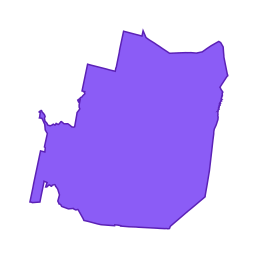 the district of Popes pag., Ventspils, Latvia, rotated 279°
{"feature_id": "27541924B60510236800280", "entity_name": "Popes pag.", "entity_type": "district", "adm_level": 2, "iso_a3": "LVA", "parent_name": "Latvia", "parent_adm1": "Ventspils", "projection": "natural_earth1", "projection_center": [21.892, 57.437], "detail": "fine", "context": "isolated", "style": "filled", "palette": "violet", "viewbox_px": 256, "rotation_deg": 279, "n_neighbors": 0, "source": "geoboundaries", "source_scale": "gbopen_adm2", "svg_char_len": 4535}
<svg xmlns="http://www.w3.org/2000/svg" viewBox="0 0 256 256"><g transform="rotate(279 128 128)"><path d="M72.1,214.9L73.2,214.8L84.5,215.0L98.4,215.1L117.9,214.3L128.8,213.8L135.7,213.6L136.8,213.4L138.4,213.3L140.5,213.4L144.7,214.6L150.4,215.5L152.9,215.3L153.4,215.1L154.3,214.7L155.3,214.8L156.4,214.5L157.8,214.3L158.1,214.3L158.4,214.4L158.5,214.4L158.8,214.3L159.1,214.3L159.0,214.1L159.3,214.3L159.7,214.2L160.1,214.3L160.3,214.4L160.3,214.5L160.5,214.7L160.6,214.4L161.0,214.4L160.9,214.6L161.0,214.7L161.3,214.6L161.5,214.7L161.8,214.6L162.0,214.5L162.1,214.8L162.3,214.8L162.2,214.7L162.3,214.7L162.6,214.7L162.7,214.4L162.8,214.4L162.9,214.5L163.0,214.5L163.0,214.4L163.3,214.5L163.4,214.8L163.6,214.8L163.6,214.7L163.9,214.6L164.2,214.7L164.1,214.8L164.4,214.9L164.5,214.8L164.6,215.0L164.8,214.9L165.0,214.8L165.1,215.0L165.3,214.9L165.6,214.8L165.5,215.1L165.8,215.0L166.1,215.1L166.2,215.3L166.3,215.3L166.5,215.4L166.5,215.1L166.8,215.1L166.8,214.9L167.0,215.0L166.9,215.1L167.0,215.1L167.3,214.9L167.5,215.0L167.6,214.9L167.8,215.0L168.0,215.2L168.0,215.3L168.5,215.4L168.8,215.6L169.1,215.6L169.1,215.8L169.3,215.9L169.5,215.8L169.5,216.0L169.7,215.9L169.8,215.8L170.1,215.8L170.3,215.9L170.4,216.0L170.4,215.9L170.5,215.8L170.9,215.9L171.1,215.7L171.3,215.9L171.6,215.6L171.8,215.7L172.0,215.7L172.4,215.6L172.6,215.7L172.8,215.7L173.0,215.8L173.3,215.8L173.6,215.7L173.7,215.9L173.9,215.9L174.1,215.8L174.2,216.0L174.3,216.0L174.2,215.8L174.3,215.7L174.5,215.8L174.6,216.0L174.8,215.9L174.9,216.0L175.1,215.8L175.3,215.8L175.5,215.9L175.8,215.9L175.9,215.7L175.9,215.9L176.1,215.9L176.3,215.8L176.9,215.7L176.7,215.7L176.8,215.6L177.0,215.6L177.3,215.7L177.5,215.7L177.6,215.8L177.8,215.7L177.9,215.8L177.9,216.1L178.0,215.9L178.2,216.0L178.3,215.9L178.6,215.8L178.8,215.7L179.1,215.4L179.2,215.1L179.5,214.8L179.9,214.6L180.2,214.1L180.7,213.9L180.8,213.7L181.0,213.5L181.5,213.3L181.9,213.1L182.6,212.4L194.7,217.8L195.0,218.3L195.8,218.3L196.6,217.7L207.1,213.8L213.1,211.6L214.7,211.3L217.8,210.5L222.6,209.4L223.1,209.2L225.2,207.5L225.5,207.3L226.9,206.1L227.7,204.1L226.3,202.3L222.2,197.2L218.6,193.3L216.8,191.5L214.8,189.4L212.8,184.1L212.7,184.1L212.3,178.5L211.6,174.5L211.5,173.4L210.1,166.3L208.3,157.4L212.0,149.3L213.6,146.0L214.7,143.5L216.0,140.8L218.4,135.1L219.3,133.3L220.2,131.6L226.4,127.7L221.0,127.4L222.9,108.5L205.6,107.6L202.8,107.5L201.9,107.6L193.2,107.2L186.1,106.9L185.3,106.6L182.0,106.5L182.5,100.5L182.9,97.1L184.3,81.7L184.7,78.1L157.4,76.8L157.2,78.6L156.9,78.6L157.1,79.6L156.4,79.5L155.0,80.0L152.9,78.4L151.3,77.5L150.6,76.3L149.8,76.1L147.7,74.0L146.1,75.0L147.8,76.3L143.3,76.1L140.9,76.5L139.4,77.4L139.2,77.4L135.3,75.3L132.1,75.3L120.8,75.1L120.3,74.1L120.3,72.3L121.4,70.6L122.7,68.1L122.8,67.8L122.6,66.8L122.5,66.6L122.5,66.2L122.3,65.3L122.2,64.4L122.2,64.1L122.3,63.8L122.7,63.3L123.5,61.9L123.9,61.4L123.9,61.2L123.7,60.7L123.1,60.4L121.0,59.1L120.7,58.9L120.6,58.3L120.8,58.0L120.8,57.3L121.1,57.0L121.3,56.5L121.3,56.3L119.7,55.7L119.5,55.3L119.5,55.1L120.1,53.8L120.0,53.5L119.1,52.6L118.5,51.7L118.1,51.0L118.0,50.6L118.1,50.3L118.1,49.6L118.2,49.4L118.3,48.6L118.4,48.3L118.6,48.1L119.9,47.3L121.9,44.9L122.1,44.8L122.5,44.7L123.3,44.4L124.6,43.9L126.1,44.3L126.5,44.3L127.5,43.7L127.9,43.5L128.6,42.8L129.2,42.3L130.2,40.8L131.4,40.1L131.7,39.8L131.7,39.4L131.3,39.2L131.1,39.0L130.7,38.2L130.1,37.7L129.9,37.7L129.8,38.1L129.4,38.9L128.0,39.0L127.1,38.9L125.9,39.1L124.1,38.9L124.1,41.4L122.4,42.7L118.5,45.2L113.1,46.6L109.9,49.2L96.2,48.4L95.8,49.2L95.4,49.4L91.3,49.6L91.6,46.4L91.7,45.2L58.2,43.5L53.9,43.4L39.6,42.7L39.6,44.6L39.3,45.1L41.1,52.6L47.3,52.8L57.7,53.3L59.9,53.4L62.3,53.4L61.5,56.6L56.9,55.9L57.0,56.7L57.3,57.3L57.5,57.4L57.8,57.5L58.2,57.8L58.8,58.6L59.3,58.8L59.5,59.2L59.2,60.1L58.5,61.1L58.5,61.6L58.8,61.8L59.6,62.1L59.9,62.6L60.1,63.2L60.3,63.5L60.5,63.9L60.6,64.6L60.0,65.2L59.1,65.6L59.1,65.8L58.8,66.2L58.2,66.5L57.2,67.7L56.7,68.0L56.1,68.4L51.2,70.8L45.0,70.1L44.7,70.2L43.9,70.7L43.2,71.3L42.4,71.6L42.1,71.9L42.2,72.7L41.3,74.0L40.3,74.6L40.1,75.1L38.8,81.8L40.0,86.7L39.4,87.3L38.9,89.3L39.7,91.2L38.9,92.0L31.4,97.9L29.8,98.9L29.5,103.3L28.5,112.9L28.5,113.1L28.4,113.8L28.5,114.2L28.3,115.5L28.3,116.8L29.3,129.1L29.4,130.1L30.3,130.1L30.5,133.0L30.4,136.2L30.0,136.2L30.6,144.4L31.5,151.7L31.6,153.6L32.9,165.8L33.1,167.8L33.6,172.4L33.7,174.0L34.4,180.4L34.6,181.0L34.7,181.6L34.7,183.2L35.2,184.7L37.3,185.1L37.7,185.3L54.9,199.9L59.6,204.1L72.1,214.9Z" fill="#8b5cf6" stroke="#5b21b6" stroke-width="1.5"/></g></svg>